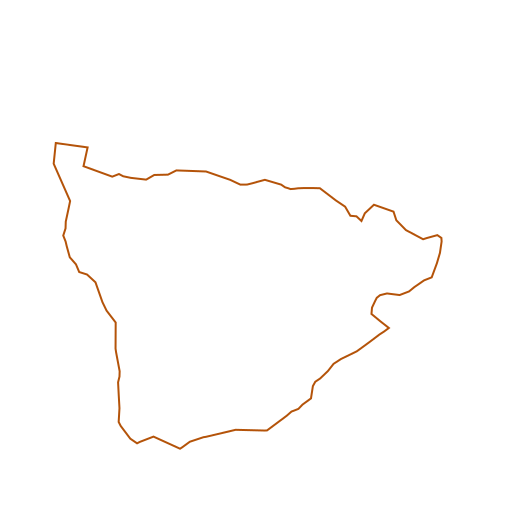 the district of Edati, Niger, Nigeria, rotated 162°
{"feature_id": "59680162B83278495681126", "entity_name": "Edati", "entity_type": "district", "adm_level": 2, "iso_a3": "NGA", "parent_name": "Nigeria", "parent_adm1": "Niger", "projection": "natural_earth1", "projection_center": [5.641, 9.026], "detail": "fine", "context": "isolated", "style": "outline", "palette": "amber", "viewbox_px": 512, "rotation_deg": 162, "n_neighbors": 0, "source": "geoboundaries", "source_scale": "gbopen_adm2", "svg_char_len": 1657}
<svg xmlns="http://www.w3.org/2000/svg" viewBox="0 0 512 512"><g transform="rotate(162 256 256)"><path d="M432.9,153.4L437.9,140.6L437.2,136.2L432.0,121.1L427.0,114.6L423.9,115.1L409.3,115.9L387.8,96.2L385.5,96.8L376.3,99.8L361.9,99.9L359.6,99.5L329.1,97.0L301.6,87.3L299.4,86.7L276.1,94.6L270.3,97.1L267.7,97.2L262.9,97.5L257.7,100.3L247.7,103.6L242.1,114.7L240.6,116.1L239.1,117.5L238.5,118.1L232.8,119.7L223.1,124.4L215.5,129.5L206.9,131.8L189.6,134.2L174.9,139.0L162.8,143.2L157.5,144.6L151.9,146.5L157.8,155.3L164.1,165.2L161.6,171.1L156.5,176.5L154.0,179.0L153.3,179.2L150.2,180.4L149.9,180.4L143.0,179.9L131.5,174.5L131.2,174.5L121.4,175.0L115.0,177.5L103.6,180.9L95.5,181.4L86.2,193.2L80.1,202.1L75.0,212.4L74.1,215.9L77.1,219.8L88.1,220.3L91.6,220.3L91.9,220.3L105.4,234.3L111.5,246.6L111.5,255.7L128.0,268.3L139.3,263.0L144.9,256.7L148.2,262.7L153.8,265.1L156.0,275.4L162.9,284.2L174.3,300.7L180.8,303.0L190.1,306.0L195.1,307.4L198.9,308.1L202.5,309.0L204.7,310.7L207.1,312.3L210.0,316.1L224.0,325.7L231.8,326.1L232.1,326.2L232.6,326.1L237.0,326.3L242.4,326.7L248.8,328.7L251.6,331.3L257.0,336.4L265.9,343.1L277.4,351.8L296.5,358.8L305.3,362.0L314.4,360.6L314.7,360.6L327.7,364.5L327.8,364.5L336.7,362.6L336.9,362.6L350.9,369.0L357.7,372.9L361.0,376.3L367.9,375.9L368.2,375.9L392.3,394.7L382.6,411.3L411.5,425.3L419.9,406.3L415.8,365.7L419.8,358.7L426.3,347.5L428.6,341.1L433.0,335.0L432.6,328.6L433.0,323.7L433.5,312.3L429.8,303.7L429.1,295.4L422.4,290.6L416.8,280.6L416.3,259.5L415.0,250.2L410.0,236.1L418.2,211.3L418.8,207.8L421.3,188.5L423.1,183.5L426.2,178.5L429.3,167.0L432.9,153.4Z" fill="none" stroke="#b45309" stroke-width="2"/></g></svg>